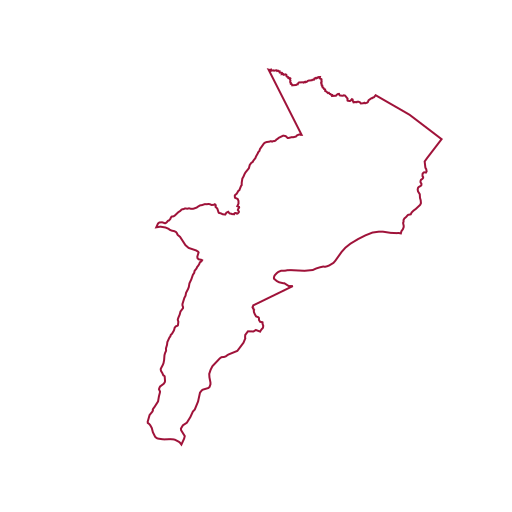 the district of Prainha, Pará, Brazil, rotated 217°
{"feature_id": "56859067B77775808132226", "entity_name": "Prainha", "entity_type": "district", "adm_level": 2, "iso_a3": "BRA", "parent_name": "Brazil", "parent_adm1": "Pará", "projection": "equal_earth", "projection_center": [-53.549, -1.918], "detail": "fine", "context": "isolated", "style": "outline", "palette": "rose", "viewbox_px": 512, "rotation_deg": 217, "n_neighbors": 0, "source": "geoboundaries", "source_scale": "gbopen_adm2", "svg_char_len": 6124}
<svg xmlns="http://www.w3.org/2000/svg" viewBox="0 0 512 512"><g transform="rotate(217 256 256)"><path d="M202.1,60.5L203.5,66.9L204.5,69.3L211.0,71.8L212.1,73.0L212.5,76.8L210.9,81.2L211.5,87.9L212.8,93.8L212.5,96.5L214.7,104.9L218.5,113.2L218.4,116.2L218.0,117.3L214.6,121.9L214.3,123.5L215.2,126.2L216.3,127.6L220.2,131.1L222.4,133.7L223.8,137.9L224.5,141.8L223.3,152.4L222.7,154.4L220.7,156.2L219.7,157.7L219.1,159.9L218.4,161.3L213.8,169.0L213.8,179.2L215.0,183.8L215.8,184.5L217.1,186.5L217.1,191.0L212.6,194.2L211.6,196.8L207.2,198.1L207.4,199.2L207.4,201.4L207.2,202.2L207.4,203.2L208.2,204.6L210.1,205.9L210.5,206.6L211.0,207.0L213.1,205.9L215.1,206.7L216.2,208.1L216.7,208.4L217.3,208.5L219.6,207.8L221.9,208.8L223.8,209.9L224.9,211.0L225.1,211.8L225.8,211.9L226.5,212.6L226.9,212.4L228.0,213.0L228.1,214.0L228.5,214.9L208.5,254.1L211.8,251.7L217.0,251.3L217.7,250.7L221.8,248.9L224.3,248.5L228.0,248.7L228.8,249.7L229.3,251.1L229.4,252.2L229.1,254.8L228.6,256.7L227.1,259.3L223.9,261.8L222.4,263.5L219.8,265.6L208.3,273.4L204.5,276.9L202.2,279.0L200.4,282.3L198.1,285.5L195.9,288.1L194.4,288.9L193.1,290.5L191.9,292.4L190.0,297.1L189.8,299.8L190.1,310.8L189.6,316.5L188.0,322.7L184.7,330.9L181.0,338.4L177.1,344.8L172.4,349.5L169.3,351.8L162.4,355.5L157.6,358.8L155.8,360.3L153.9,361.2L154.8,363.3L154.8,365.7L155.4,367.8L156.1,368.9L158.4,370.9L158.8,372.2L159.8,373.5L160.1,375.3L159.6,377.4L159.4,380.0L159.2,380.5L157.5,382.4L157.9,384.4L157.5,387.1L156.7,389.7L155.8,394.9L155.7,395.8L156.1,397.5L158.0,399.6L160.0,401.1L162.4,403.9L165.5,405.1L166.9,406.4L167.6,407.9L167.6,408.9L166.6,411.3L166.6,412.2L167.4,413.3L169.0,413.9L169.7,414.8L170.1,416.2L169.6,417.5L169.5,418.4L169.6,419.1L170.1,419.7L171.0,419.9L171.5,420.5L172.4,421.8L172.5,422.4L172.3,423.7L172.0,424.1L170.5,424.9L170.7,426.3L172.3,427.8L173.6,428.3L174.2,428.8L178.2,433.0L178.3,437.5L178.1,461.0L218.4,461.2L257.2,456.4L257.3,453.9L257.5,453.4L257.9,453.1L258.2,451.9L258.7,451.6L259.8,448.2L259.7,447.6L259.3,446.5L259.5,445.4L260.8,443.6L261.7,443.6L262.3,442.5L264.1,440.9L265.5,441.3L267.2,440.8L268.0,440.1L268.1,439.4L268.9,439.1L269.5,438.3L270.0,438.3L270.6,437.4L272.3,438.3L273.0,439.1L273.8,439.0L274.0,436.7L274.5,436.1L276.3,435.2L276.8,435.5L277.6,436.8L281.4,437.7L282.6,437.2L282.8,436.6L283.4,436.0L285.6,434.7L286.9,435.0L287.3,435.4L288.0,434.8L288.5,433.5L288.6,432.1L291.5,429.6L292.1,430.5L293.3,429.9L294.0,430.2L294.6,429.8L296.1,430.2L296.6,429.4L298.9,429.7L300.0,429.4L301.0,430.6L302.2,430.3L303.6,431.0L304.2,430.7L305.5,431.5L305.7,432.1L306.7,432.1L307.2,433.0L308.1,433.3L308.4,433.8L308.3,434.6L309.2,435.2L309.5,436.0L310.2,436.6L312.1,436.2L312.5,436.8L312.7,437.4L314.0,436.3L314.2,435.1L314.8,434.0L315.4,434.3L316.2,432.8L315.8,431.7L317.1,430.6L317.1,430.0L319.5,427.8L320.1,426.8L320.2,425.9L321.0,424.6L321.6,424.8L322.1,424.0L322.2,423.2L322.9,423.1L326.1,420.5L326.3,419.5L326.0,418.2L326.5,417.9L326.9,416.7L329.8,414.1L330.3,414.6L331.0,414.7L331.7,414.4L332.2,415.2L332.9,415.1L333.7,415.9L334.0,416.8L335.1,417.4L335.4,418.5L336.1,418.5L336.4,417.9L337.2,417.5L337.9,418.2L338.6,418.2L339.5,417.8L340.1,418.1L340.9,419.0L342.0,418.7L342.8,417.4L343.3,417.3L343.9,417.7L344.8,416.8L345.0,417.5L345.5,417.9L347.4,416.8L348.3,417.7L348.8,417.2L349.9,417.3L350.5,416.4L351.3,416.7L352.5,415.6L353.1,414.8L354.1,414.6L354.6,413.9L355.1,413.6L355.4,413.0L356.2,413.9L357.1,412.8L358.1,412.4L292.5,380.2L293.3,379.6L294.3,379.3L294.9,378.6L295.8,377.1L296.0,375.4L297.9,373.1L298.9,372.5L300.9,370.0L301.7,369.3L304.5,369.6L306.7,368.5L309.0,364.0L309.3,362.3L309.8,361.4L309.8,360.3L310.3,359.0L311.4,358.1L312.0,357.0L313.2,356.7L314.1,355.4L316.2,353.3L317.1,351.8L317.4,350.6L317.2,343.8L316.5,342.0L316.7,339.9L316.4,339.4L315.9,335.5L315.4,333.8L315.5,330.4L315.2,329.4L315.8,327.5L315.8,325.0L314.5,321.8L314.7,316.3L314.4,314.3L313.8,312.0L313.5,309.6L311.5,305.9L310.1,304.0L310.1,302.9L308.9,298.5L309.3,297.5L308.9,294.2L309.4,291.9L309.2,291.3L307.9,289.9L304.9,290.5L303.1,289.4L301.5,287.3L300.9,284.5L299.1,285.0L298.6,284.5L298.5,282.8L298.2,281.8L296.4,281.2L296.1,280.8L296.1,279.8L296.3,278.7L296.8,278.3L297.8,278.3L298.6,277.7L298.9,276.7L298.6,276.2L300.4,275.0L301.2,274.9L302.4,274.2L303.4,274.2L304.8,274.6L305.7,272.8L305.5,270.6L307.7,269.3L309.8,268.9L311.5,268.1L312.0,268.2L315.5,270.6L317.9,270.9L318.6,272.2L319.3,272.6L320.1,272.5L320.4,271.6L322.2,270.0L324.0,269.6L325.2,269.0L326.4,267.8L328.1,266.6L329.8,264.1L331.1,262.8L332.1,260.4L332.5,259.0L334.5,256.0L336.4,254.5L338.2,253.8L339.2,252.5L341.3,251.3L342.1,249.8L342.8,249.2L343.4,248.2L343.6,246.4L344.4,244.3L345.2,239.4L345.7,238.1L347.1,236.7L347.1,235.5L346.7,233.9L346.9,231.9L347.5,231.1L347.6,229.0L348.0,227.9L348.3,227.4L351.1,226.5L353.1,224.9L353.6,224.0L353.8,222.9L352.9,218.9L350.0,221.9L345.4,224.3L342.1,225.1L340.8,225.0L338.7,225.5L336.1,226.7L334.3,227.0L332.5,226.5L331.8,225.9L331.0,225.7L328.2,225.6L318.9,222.2L314.7,221.9L307.2,224.4L304.8,224.6L304.0,224.3L302.5,220.2L301.5,219.1L299.9,218.8L297.3,220.1L296.5,220.2L296.4,218.8L297.0,217.2L296.5,215.5L296.3,213.6L296.4,211.8L296.0,210.2L296.1,207.2L295.2,205.3L295.1,203.0L293.6,198.4L292.7,194.1L291.0,190.8L290.4,188.7L289.7,184.5L288.4,181.9L288.0,179.4L285.8,173.3L284.9,172.2L283.5,171.3L282.9,170.4L282.9,166.2L281.7,163.3L280.9,160.1L280.3,158.3L279.9,157.8L278.4,156.7L276.7,153.8L276.7,153.1L277.7,151.6L277.8,149.8L277.0,147.9L276.7,146.8L276.3,143.4L276.6,141.7L276.0,140.1L276.1,138.9L275.0,133.9L273.6,131.5L272.3,128.0L270.8,126.2L270.2,123.7L269.4,121.7L266.7,117.5L265.4,114.8L264.9,113.0L264.2,108.7L263.7,107.9L262.6,107.0L260.3,106.1L258.2,104.9L257.2,105.1L256.5,104.9L253.4,101.4L252.9,100.3L252.8,98.4L254.1,94.0L253.7,92.3L253.3,91.2L251.1,90.0L250.6,89.2L249.1,85.6L246.7,80.9L246.2,74.4L246.2,72.0L245.9,71.0L245.5,70.8L245.1,69.5L245.3,65.0L242.8,58.5L241.9,57.5L240.4,57.6L238.6,57.2L235.7,55.9L232.3,53.2L228.5,51.3L227.7,50.9L225.7,50.8L224.4,51.2L220.7,53.2L218.8,54.4L214.3,58.1L211.5,59.9L210.1,60.5L205.9,61.2L204.5,61.2L202.1,60.5Z" fill="none" stroke="#9f1239" stroke-width="2"/></g></svg>